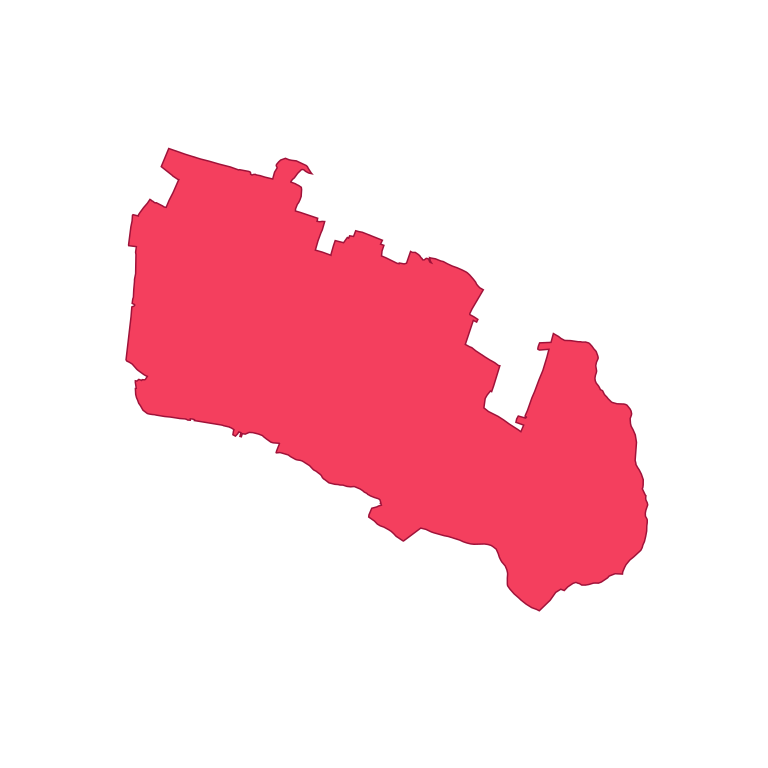 Braesti, Iasi, Romania (orthographic projection), rotated 301°
{"feature_id": "2599482B69543465685111", "entity_name": "Braesti", "entity_type": "district", "adm_level": 2, "iso_a3": "ROU", "parent_name": "Romania", "parent_adm1": "Iasi", "projection": "orthographic", "projection_center": [27.088, 47.145], "detail": "fine", "context": "isolated", "style": "filled", "palette": "rose", "viewbox_px": 768, "rotation_deg": 301, "n_neighbors": 0, "source": "geoboundaries", "source_scale": "gbopen_adm2", "svg_char_len": 6148}
<svg xmlns="http://www.w3.org/2000/svg" viewBox="0 0 768 768"><g transform="rotate(301 384 384)"><path d="M259.5,481.6L279.4,489.7L281.0,494.8L281.6,500.9L282.2,503.6L285.0,513.8L286.4,517.6L289.2,529.3L289.6,533.1L290.4,536.8L291.6,540.7L293.0,543.7L298.6,552.5L300.0,555.8L300.8,559.0L300.7,561.6L300.2,565.3L297.4,569.3L295.0,572.0L293.4,574.4L292.2,576.5L290.5,581.6L288.0,585.0L285.6,587.3L284.3,588.1L281.3,589.6L276.0,592.8L274.7,593.9L273.1,597.4L271.1,603.7L270.1,609.5L269.3,613.0L268.5,619.3L268.4,625.8L269.4,631.0L269.6,633.9L284.3,637.8L293.8,638.5L299.1,641.2L299.8,644.9L304.7,646.0L310.5,648.7L312.8,650.7L313.1,652.8L313.6,654.3L313.5,657.0L315.3,660.1L317.6,662.8L321.1,666.0L322.1,667.4L323.8,670.4L326.2,672.3L329.6,673.9L333.0,675.5L335.3,675.9L340.4,679.8L343.9,686.3L345.9,685.4L350.6,684.7L353.8,684.5L359.8,685.4L364.5,687.1L373.8,689.8L376.7,689.6L379.5,688.8L383.1,688.4L388.1,686.8L393.2,684.9L397.8,682.3L400.6,681.1L403.0,679.7L403.8,678.8L405.3,676.2L407.9,674.5L410.6,673.5L416.2,672.3L417.8,670.8L419.5,668.2L420.9,667.1L423.2,666.0L423.3,665.3L427.2,659.4L428.8,659.1L431.0,658.1L435.5,655.5L439.3,651.0L441.8,647.0L443.1,644.3L444.9,641.2L445.6,640.9L447.9,638.6L464.0,630.5L469.8,625.6L473.1,621.0L475.1,617.6L477.0,615.7L481.1,612.8L484.7,612.1L486.0,611.6L488.1,609.7L489.3,607.8L491.0,603.2L490.9,601.7L490.4,600.0L487.1,594.0L485.8,589.4L485.7,588.3L486.8,583.7L487.6,581.7L488.3,579.0L488.6,578.2L490.7,575.0L490.8,574.1L490.6,572.4L491.4,571.3L492.7,569.1L494.1,565.4L495.5,563.5L497.6,561.8L500.5,560.7L502.9,560.2L504.6,559.6L508.7,556.1L512.1,554.9L515.4,554.5L516.6,554.2L518.0,553.0L521.0,549.3L521.5,548.2L522.1,546.0L523.5,542.8L524.5,539.5L524.6,538.3L523.8,535.2L522.0,532.3L521.4,530.6L520.2,528.6L517.3,521.6L514.4,516.4L514.2,512.2L514.6,509.3L514.5,503.2L505.7,505.7L499.4,496.2L496.0,496.8L493.8,497.5L493.0,498.1L493.2,499.8L498.7,507.5L490.9,509.8L477.4,513.2L467.4,514.7L455.1,517.0L448.3,517.9L435.2,520.6L429.7,521.3L428.9,521.7L429.1,522.9L428.9,523.2L427.7,522.9L425.7,515.6L422.4,515.7L419.1,516.8L420.7,524.9L413.6,525.9L413.9,522.4L414.2,512.1L414.8,505.1L415.0,498.4L414.2,487.7L415.0,481.9L423.7,478.2L427.6,478.1L432.8,478.8L432.9,480.2L438.7,479.0L459.3,473.9L458.8,472.7L459.3,468.0L459.2,464.0L459.1,463.0L459.2,456.7L459.7,445.5L460.4,440.5L460.0,438.2L459.8,433.3L484.5,427.8L484.8,431.5L487.7,431.2L487.9,426.6L487.7,421.9L488.0,421.5L488.5,421.3L493.8,420.8L515.9,420.6L515.8,416.5L516.4,414.3L517.2,412.0L518.5,410.1L519.8,406.8L521.6,401.2L522.2,398.3L522.3,396.5L522.0,392.4L521.3,386.8L520.3,382.0L519.7,376.5L519.5,371.8L518.7,369.3L517.8,363.6L516.1,359.2L515.8,358.0L513.2,360.4L512.3,362.2L512.1,360.9L512.3,360.2L513.9,358.1L514.1,357.5L513.7,355.9L513.3,355.4L511.2,354.6L510.4,353.4L510.5,352.8L511.1,352.1L511.4,350.5L512.3,348.7L512.7,346.9L512.9,343.0L511.5,340.7L511.3,339.5L511.3,338.5L499.1,341.1L497.3,339.4L495.6,334.8L494.9,335.0L494.2,333.1L493.2,321.0L492.5,315.9L497.0,313.8L502.8,312.5L502.1,309.0L506.4,308.6L502.9,287.3L501.7,284.0L500.8,280.8L494.8,281.9L493.3,278.2L490.8,278.6L490.7,277.1L484.3,276.6L481.8,268.3L476.7,269.4L467.8,271.8L467.0,272.2L465.3,263.3L463.4,256.2L472.7,253.7L481.0,252.1L484.4,251.7L492.7,249.5L491.5,247.2L489.9,245.2L489.0,242.8L491.9,241.8L488.0,224.0L486.7,219.0L488.5,218.0L493.3,217.2L495.7,217.4L498.6,217.1L502.1,216.4L508.3,213.2L510.0,211.8L510.2,208.6L510.0,206.7L510.0,204.8L509.1,200.1L509.4,199.9L512.2,200.2L514.6,201.0L520.1,201.5L525.2,202.8L526.0,203.8L526.2,204.5L526.3,205.2L525.9,207.1L526.0,209.8L526.1,210.9L527.1,213.8L527.4,212.9L529.8,208.1L530.9,206.3L531.2,204.7L530.1,193.9L528.2,189.7L527.3,187.1L526.7,183.3L522.8,180.1L520.1,179.3L516.8,178.8L515.6,179.2L514.5,180.9L513.9,181.1L509.2,181.1L502.4,183.0L500.0,175.4L498.8,170.5L497.5,167.0L497.4,165.7L496.3,164.1L495.4,163.5L495.1,163.0L495.1,161.6L496.1,161.1L496.6,160.4L496.8,159.8L496.5,158.4L493.3,149.8L492.6,149.1L490.9,140.5L487.6,129.5L484.9,119.3L482.4,111.0L478.6,95.5L475.0,78.2L455.6,81.1L453.8,94.9L453.5,95.9L453.2,102.1L453.5,102.8L439.5,104.6L430.7,105.2L423.2,106.3L422.5,104.4L422.6,102.4L422.1,95.5L421.4,94.6L421.3,93.8L421.6,91.5L421.4,90.5L421.7,89.7L421.7,88.3L417.2,88.1L411.5,87.1L405.1,86.5L402.6,86.4L401.5,86.9L399.9,81.7L399.1,81.5L394.0,84.1L388.3,86.1L371.7,93.4L371.1,93.9L374.2,101.0L369.0,103.2L367.1,104.8L365.0,106.0L350.6,114.3L345.3,116.2L343.2,117.4L335.8,121.0L329.3,124.5L327.4,124.9L323.4,126.6L323.6,129.1L323.3,129.7L322.5,129.7L321.4,129.2L320.5,128.2L319.9,128.3L311.4,132.5L271.9,150.4L271.2,151.7L271.5,154.7L271.4,157.9L269.3,164.5L269.0,166.3L268.4,173.0L268.4,175.6L268.7,177.2L265.0,177.1L264.2,176.5L263.2,174.5L262.2,174.4L261.7,171.5L259.2,170.6L258.7,169.2L257.3,170.0L252.7,173.9L252.1,173.2L247.2,176.5L244.8,178.9L243.2,181.2L241.2,183.6L239.9,186.5L237.4,190.9L236.8,196.3L237.3,198.1L238.5,201.1L239.5,203.1L240.0,204.7L243.2,212.8L245.6,217.8L248.8,225.6L249.1,226.5L251.6,231.4L252.0,232.9L252.0,234.3L253.2,236.6L254.4,235.9L255.4,238.1L255.8,240.0L255.0,240.3L265.1,265.7L265.6,267.2L265.6,267.8L267.5,273.7L267.4,274.0L267.7,275.8L267.6,278.9L266.2,279.2L262.7,280.6L262.8,283.5L265.9,284.2L268.2,284.3L268.6,286.4L264.9,287.5L265.3,288.9L268.4,288.1L269.6,290.9L273.1,293.4L274.8,296.7L276.5,302.3L277.2,306.4L276.8,307.8L276.3,311.9L275.9,317.0L276.5,319.3L279.2,324.7L279.1,325.1L271.4,326.4L269.6,326.9L269.6,327.3L271.5,329.9L271.9,330.8L273.9,338.5L273.6,341.2L273.8,347.0L274.2,348.6L275.4,351.5L275.9,353.6L275.7,362.2L274.3,367.1L274.1,368.6L274.3,370.1L273.7,375.8L273.3,377.4L272.0,379.5L271.7,380.7L271.5,381.3L271.6,382.0L270.9,387.7L272.7,393.5L274.2,396.5L274.7,398.2L276.2,400.9L277.1,404.9L278.7,408.4L280.4,410.7L280.9,411.7L281.7,417.5L281.6,420.6L281.2,422.7L281.4,425.7L281.0,426.9L281.1,427.8L281.1,430.0L281.8,434.3L282.7,437.9L282.8,439.4L282.6,440.2L280.7,442.3L279.9,442.3L279.9,443.0L278.8,444.2L276.8,442.3L274.9,441.1L271.2,437.5L264.1,438.5L262.1,439.4L261.6,446.4L260.5,450.4L260.5,453.8L261.3,457.7L261.5,463.1L261.4,466.0L260.7,469.4L259.7,472.8L259.3,481.0L259.5,481.6Z" fill="#f43f5e" stroke="#9f1239" stroke-width="1.5"/></g></svg>